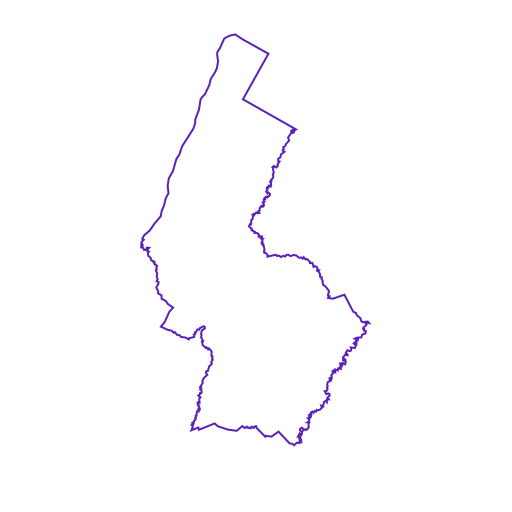 outline of Uruguay, Entre Ríos, Argentina, rotated 209°
{"feature_id": "61730980B11587085710178", "entity_name": "Uruguay", "entity_type": "district", "adm_level": 2, "iso_a3": "ARG", "parent_name": "Argentina", "parent_adm1": "Entre Ríos", "projection": "equal_earth", "projection_center": [-58.63, -32.497], "detail": "fine", "context": "isolated", "style": "outline", "palette": "violet", "viewbox_px": 512, "rotation_deg": 209, "n_neighbors": 0, "source": "geoboundaries", "source_scale": "gbopen_adm2", "svg_char_len": 6134}
<svg xmlns="http://www.w3.org/2000/svg" viewBox="0 0 512 512"><g transform="rotate(209 256 256)"><path d="M363.8,216.0L362.1,215.8L362.9,212.7L360.2,210.4L360.4,208.7L361.2,209.2L360.5,207.8L358.6,208.5L356.8,207.0L355.2,208.4L355.4,210.2L354.6,210.0L354.7,210.7L353.5,211.3L354.3,207.9L351.8,207.9L352.3,206.8L350.4,204.0L347.1,203.3L346.4,202.0L345.1,201.4L343.4,201.8L342.5,200.8L341.9,201.5L340.5,199.4L339.2,199.9L337.5,199.0L337.6,197.7L336.3,196.0L336.8,195.0L333.9,192.8L333.2,190.3L330.7,187.9L330.6,185.7L328.6,185.9L328.0,184.6L327.9,180.0L324.4,177.7L323.5,175.8L319.6,175.8L317.8,172.8L313.0,172.9L309.9,171.3L303.5,170.7L304.8,165.2L303.8,154.4L304.9,148.1L297.4,148.6L293.5,149.8L290.8,148.9L290.2,150.1L286.8,148.8L284.3,149.7L282.4,148.8L278.2,150.5L274.4,150.4L274.7,151.6L270.9,155.1L271.4,156.6L272.3,157.0L271.4,158.7L272.4,159.7L271.6,160.6L271.7,163.4L270.0,164.0L270.1,165.8L267.7,169.2L266.4,169.1L265.6,167.9L267.3,164.7L266.3,161.2L265.3,160.5L264.5,158.2L261.5,156.3L261.7,155.5L261.0,155.7L261.0,154.0L259.5,152.3L256.1,151.4L255.4,152.0L254.9,151.3L253.5,152.1L252.5,151.2L252.0,152.3L248.6,151.1L246.5,147.0L245.3,147.1L244.7,144.8L243.6,144.4L243.7,141.3L242.5,140.5L242.4,139.2L243.5,137.2L242.4,132.1L243.6,131.1L243.2,129.5L241.0,128.5L242.5,123.7L242.2,120.4L241.1,119.3L241.3,114.2L240.2,114.4L240.2,112.3L238.9,112.7L237.3,110.0L238.5,108.9L237.9,108.2L238.8,106.0L236.1,105.5L236.6,104.0L234.3,100.3L235.8,100.1L235.9,98.9L234.1,98.0L234.3,97.1L232.8,96.9L232.1,94.4L231.2,95.2L230.7,94.4L231.8,93.7L230.8,92.3L232.1,92.0L232.2,91.2L230.6,87.5L231.3,87.0L230.1,85.4L230.6,84.8L229.5,83.3L230.3,82.0L229.8,80.8L230.4,79.9L229.7,79.4L230.6,78.9L229.3,78.0L230.2,76.9L229.1,76.7L228.4,75.4L228.0,72.3L223.3,78.0L221.7,76.3L211.0,89.5L207.0,88.6L196.6,90.5L188.2,93.7L185.5,100.6L182.5,100.0L181.3,102.3L179.5,101.7L179.3,102.4L177.2,102.7L177.3,103.7L176.3,104.0L176.6,104.7L174.5,104.8L174.4,106.4L173.4,107.2L172.2,106.0L160.3,102.4L160.4,103.4L154.8,105.6L151.2,113.3L135.7,108.4L133.1,109.4L130.9,108.9L129.8,112.5L127.2,113.5L128.3,115.6L126.3,115.4L127.7,117.5L129.6,117.9L129.6,119.2L130.3,118.1L131.0,119.3L131.8,118.6L131.8,122.0L129.9,121.4L129.7,123.0L130.7,124.6L132.7,124.6L133.6,125.7L132.8,128.0L131.9,128.1L130.0,126.4L128.8,128.5L127.9,128.1L127.2,129.0L126.8,131.7L128.6,134.4L128.7,136.1L130.3,135.5L129.6,136.7L129.9,138.3L131.8,139.2L130.5,139.8L131.7,141.3L130.4,141.0L130.0,141.6L130.7,144.0L132.1,143.3L131.9,144.7L131.2,144.7L132.1,145.9L130.9,147.5L129.7,146.8L129.4,149.0L128.1,149.0L128.1,151.0L126.9,151.1L125.4,152.9L125.0,155.4L125.7,156.1L124.6,155.8L124.2,157.2L125.3,157.4L125.1,159.6L125.8,161.2L124.9,163.1L123.2,162.4L124.4,165.2L122.9,165.9L124.8,166.8L123.9,169.6L125.0,171.0L126.2,170.8L127.5,169.3L130.3,171.1L128.9,172.2L128.8,174.2L130.4,175.7L130.1,176.9L131.3,177.8L132.1,180.3L130.0,183.4L130.4,185.0L131.8,183.8L132.4,184.8L130.8,186.3L132.3,188.0L131.8,190.6L133.0,192.3L130.3,192.6L131.4,194.3L132.4,193.4L132.0,195.2L129.0,195.5L129.7,197.5L127.2,198.4L128.7,199.6L128.0,200.8L130.4,202.7L129.5,203.4L129.2,202.1L128.1,203.0L127.6,202.3L127.7,204.6L125.5,204.6L126.2,207.0L127.3,207.3L127.2,208.4L128.1,208.7L128.6,207.0L129.4,207.0L129.9,208.2L129.1,208.7L130.8,209.6L130.0,212.9L127.8,213.6L128.4,214.4L130.5,214.6L130.5,217.8L127.7,218.3L127.1,219.3L127.7,221.2L128.7,222.0L124.9,223.5L125.2,225.5L126.5,226.7L128.0,226.8L127.7,227.5L125.5,227.6L126.4,228.9L127.4,228.9L126.5,230.1L128.4,231.6L129.6,231.6L128.2,233.2L126.5,232.6L127.3,234.1L124.5,235.7L125.0,238.8L122.8,241.2L123.4,243.5L125.1,243.0L125.9,244.5L126.9,244.1L127.4,245.4L126.1,248.8L126.2,249.7L127.4,250.2L126.8,251.3L124.6,252.1L126.5,252.9L130.6,249.8L132.1,249.9L134.7,252.3L139.1,253.1L141.0,254.7L144.0,254.4L159.9,265.0L168.1,255.9L172.6,254.3L172.3,256.4L173.9,256.2L175.2,260.8L180.8,263.2L183.0,263.2L185.3,265.5L185.6,266.7L187.7,267.8L188.0,269.2L190.1,269.0L191.0,271.0L193.6,272.8L194.5,272.6L194.1,274.0L195.8,273.4L195.9,274.6L197.3,275.8L199.9,275.6L200.4,274.4L203.4,277.3L205.4,276.0L206.2,277.2L210.1,278.0L211.1,277.0L213.7,278.1L213.9,276.3L215.5,276.7L217.7,275.3L220.7,276.0L223.4,275.3L225.8,272.6L228.6,272.7L229.9,271.6L230.3,269.6L232.3,269.4L233.7,267.2L236.4,267.4L237.5,266.2L239.3,266.7L245.6,261.1L245.9,262.2L248.9,263.4L250.4,262.9L251.5,264.5L251.4,265.4L254.9,269.4L255.6,268.9L256.0,270.0L257.2,270.0L256.9,271.1L257.8,271.4L257.9,273.1L259.1,273.5L258.6,274.4L259.7,274.2L259.9,275.1L260.5,274.5L260.7,275.7L263.1,274.1L263.4,274.8L262.7,275.5L265.7,276.7L268.5,275.5L268.7,276.6L272.3,276.4L272.4,277.5L276.5,278.5L276.7,280.8L275.8,281.0L275.8,281.7L277.6,285.2L276.9,286.5L277.8,288.9L277.5,290.7L279.0,290.5L278.4,291.9L277.3,292.1L276.9,294.3L275.3,294.2L273.9,295.3L275.6,296.4L274.9,297.7L275.9,299.4L275.8,301.9L275.0,303.0L274.4,302.2L273.6,302.8L273.7,304.5L275.4,305.9L275.1,306.8L275.9,306.4L275.7,307.6L276.5,308.9L275.3,310.0L275.8,310.6L276.4,310.0L276.8,310.9L275.3,313.4L274.4,312.9L273.4,315.7L273.9,317.0L276.0,317.6L276.3,316.4L278.4,317.3L278.2,319.8L279.5,320.5L279.4,321.5L278.6,321.2L278.9,322.4L278.0,323.0L278.6,323.6L277.0,324.0L277.7,324.8L277.1,325.3L278.5,327.4L279.6,327.7L279.5,329.1L278.9,329.3L279.6,330.5L279.0,332.2L279.6,334.5L281.0,335.5L280.8,337.5L283.4,340.4L283.6,341.6L284.6,341.7L283.9,343.5L281.1,343.3L280.6,345.6L281.6,346.7L281.3,350.0L282.4,349.6L283.7,351.8L282.5,354.0L283.4,357.0L281.6,360.9L283.8,361.1L284.1,362.1L283.5,363.0L284.9,364.4L283.7,366.6L284.1,368.2L283.0,373.1L285.4,375.2L284.9,380.5L285.9,382.7L285.5,383.4L284.5,381.6L283.4,381.4L282.8,382.8L283.8,384.5L283.1,384.6L282.3,386.1L343.4,386.7L343.2,438.9L372.8,439.0L381.6,439.7L386.3,435.5L389.2,430.8L388.3,419.8L388.7,415.9L387.9,413.7L383.5,407.8L381.3,401.5L380.9,396.8L381.4,389.1L379.7,382.8L379.1,372.7L380.3,368.3L380.3,365.8L376.8,356.2L375.3,345.8L373.7,343.0L372.5,337.1L373.8,316.2L372.2,307.3L372.7,302.4L369.8,289.9L369.9,281.6L367.3,274.6L363.0,268.5L362.9,262.7L360.9,255.5L360.4,250.0L358.6,244.5L360.5,235.0L361.3,226.6L363.8,220.1L363.8,216.0Z" fill="none" stroke="#5b21b6" stroke-width="2"/></g></svg>